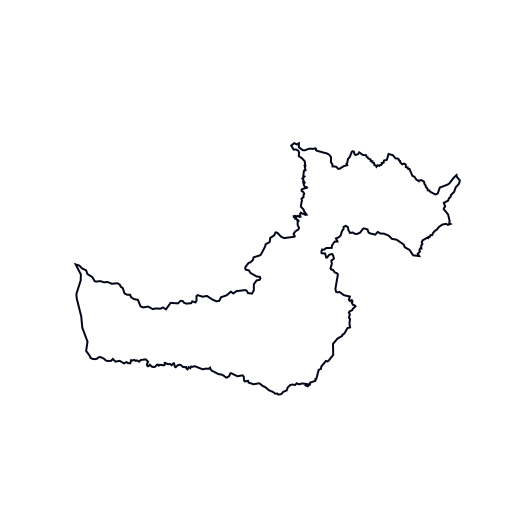 outline of Chinchiná, Caldas, Colombia, rotated 301°
{"feature_id": "7082276B13604936922856", "entity_name": "Chinchiná", "entity_type": "district", "adm_level": 2, "iso_a3": "COL", "parent_name": "Colombia", "parent_adm1": "Caldas", "projection": "mercator", "projection_center": [-75.645, 5.002], "detail": "fine", "context": "isolated", "style": "outline", "palette": "ink", "viewbox_px": 512, "rotation_deg": 301, "n_neighbors": 0, "source": "geoboundaries", "source_scale": "gbopen_adm2", "svg_char_len": 6146}
<svg xmlns="http://www.w3.org/2000/svg" viewBox="0 0 512 512"><g transform="rotate(301 256 256)"><path d="M368.8,229.3L366.6,233.5L367.8,235.2L368.1,238.0L366.7,239.7L363.6,241.3L363.5,244.8L362.4,248.8L361.5,249.6L359.7,251.0L358.6,251.0L358.5,252.1L357.3,252.1L355.3,254.1L354.8,253.4L354.1,253.8L353.4,253.3L348.7,255.5L349.0,256.5L346.3,255.9L346.3,256.9L344.9,257.7L344.6,258.5L344.4,258.0L343.5,258.5L343.2,259.8L342.4,259.5L341.1,261.1L340.3,262.8L341.1,263.8L340.8,264.5L337.2,261.2L336.1,261.0L335.2,261.7L335.3,263.4L334.2,265.3L332.5,265.4L330.9,266.4L328.6,265.5L327.4,266.7L322.2,268.6L321.3,269.2L320.4,272.7L319.1,274.2L317.5,278.1L316.7,277.2L316.2,272.1L314.7,272.2L312.5,273.9L311.8,272.7L312.1,271.3L310.8,270.5L310.7,269.1L309.5,267.8L308.8,268.4L309.7,269.8L308.3,270.4L308.9,271.2L308.2,271.9L308.4,273.8L307.9,274.4L307.2,273.8L304.0,275.8L302.2,278.4L300.7,278.7L297.5,277.1L294.7,276.8L294.0,277.1L293.0,279.0L292.3,279.0L285.8,270.8L285.5,267.4L286.9,262.3L286.3,260.6L283.2,261.0L278.7,258.9L275.5,260.4L274.5,260.3L271.0,258.2L269.1,258.9L259.9,259.5L258.5,259.0L253.7,254.7L250.7,255.4L247.6,254.4L246.3,253.2L241.4,252.6L239.6,253.3L239.0,254.2L240.0,257.3L238.6,260.1L238.8,267.2L240.1,270.0L239.1,271.3L237.3,271.3L235.4,269.1L230.7,268.7L225.5,271.8L221.7,271.9L220.1,268.3L221.5,265.7L221.4,264.6L215.9,257.4L212.2,255.8L212.5,252.8L207.2,251.1L202.7,247.3L198.6,247.6L196.8,245.4L196.2,240.7L196.5,234.5L193.6,231.2L192.4,226.1L190.8,225.7L187.3,227.9L185.0,228.0L184.3,224.7L182.2,224.8L179.3,220.8L178.9,218.3L179.6,216.5L179.1,215.0L178.3,214.3L175.2,213.5L171.8,206.9L163.9,206.3L164.0,202.8L161.6,201.2L159.4,197.1L157.3,194.9L157.1,189.6L153.7,185.6L153.4,183.0L157.6,177.3L156.2,173.5L156.4,170.0L157.9,168.1L156.4,165.4L156.2,162.6L159.9,158.3L160.0,155.9L161.3,154.0L161.3,151.3L158.0,146.8L157.2,142.0L155.2,139.4L154.3,135.5L151.9,132.4L151.3,130.7L153.6,126.7L153.7,120.8L156.2,117.8L155.8,113.1L156.8,109.5L155.9,105.8L150.0,115.4L144.8,118.3L130.9,121.6L127.5,124.0L114.1,137.4L105.1,144.0L95.8,155.7L87.1,159.3L84.9,164.7L83.4,166.8L83.7,169.2L85.0,171.6L86.4,172.8L88.3,173.4L89.2,174.6L89.7,178.2L89.1,181.1L89.4,182.5L91.5,185.8L94.0,186.3L93.1,190.0L95.9,193.1L96.0,198.3L98.4,199.6L98.2,201.4L99.3,203.5L102.4,202.6L102.5,203.7L104.3,205.1L104.1,206.9L105.2,207.7L105.2,210.2L107.5,210.8L110.6,214.7L109.8,217.9L106.9,218.3L105.7,219.8L106.1,220.6L108.1,221.0L107.5,223.7L108.0,225.2L108.8,226.4L112.0,227.3L112.4,228.1L111.9,229.0L113.3,229.7L114.8,233.3L116.1,233.8L117.3,232.8L117.6,233.1L117.9,236.2L119.2,238.1L118.9,239.9L121.5,240.5L121.8,241.0L119.2,243.6L119.3,244.5L121.4,244.9L123.2,246.1L123.8,247.4L123.3,250.8L124.8,253.3L123.7,254.3L123.6,255.7L126.1,255.6L126.0,257.5L127.9,257.4L128.2,258.5L130.0,260.3L131.4,268.6L133.9,271.4L134.8,273.4L136.6,274.2L135.5,275.3L134.9,277.3L135.5,285.1L136.4,286.7L136.8,289.5L136.4,292.9L137.0,293.8L139.5,294.9L141.8,294.4L142.7,294.9L143.4,302.1L146.8,305.9L146.3,307.6L143.4,309.7L142.7,310.9L144.9,313.5L143.7,314.8L144.8,320.0L148.2,323.8L148.6,325.4L148.0,328.9L148.4,331.1L147.6,336.3L148.2,340.4L147.9,343.5L149.0,344.9L148.7,346.5L150.7,348.8L153.6,349.3L156.5,351.5L159.7,350.9L163.0,351.8L164.4,353.1L165.6,356.0L167.9,356.5L168.1,358.9L170.6,361.3L172.7,366.2L170.7,365.4L170.9,367.4L173.7,368.5L175.3,367.6L179.6,371.2L181.0,370.3L181.6,371.0L190.7,368.4L192.8,369.8L194.9,368.9L202.1,370.0L202.4,371.5L203.3,372.1L211.0,373.1L220.3,367.3L227.3,368.4L231.8,371.0L233.0,370.6L234.1,371.4L236.5,371.7L241.2,371.5L243.3,373.4L246.4,370.8L250.5,369.0L250.7,367.8L251.6,367.2L254.3,366.5L255.4,364.7L256.9,364.8L259.0,366.3L260.7,366.2L264.1,367.2L264.5,366.1L264.1,364.1L265.4,362.0L266.8,362.1L267.5,360.8L265.9,359.7L266.2,358.3L269.6,357.3L267.7,351.7L268.2,346.2L266.8,344.6L266.6,343.0L268.7,341.0L282.3,335.7L282.9,334.6L282.5,331.9L283.7,329.3L283.2,327.3L283.6,326.3L288.5,325.0L290.8,322.9L293.8,324.2L296.3,321.7L296.9,320.2L295.6,318.9L294.4,318.0L291.5,317.8L290.8,317.0L293.7,314.0L292.2,310.8L293.4,309.8L295.6,309.3L296.4,311.0L299.0,312.1L301.9,316.7L304.3,315.7L308.8,316.0L310.4,318.3L312.2,315.5L314.7,317.3L317.1,318.0L321.6,316.9L324.2,317.1L326.1,316.1L328.1,317.4L328.0,319.9L325.7,322.0L324.2,324.8L325.9,326.7L326.0,329.7L327.3,331.6L329.7,333.2L334.5,333.7L335.2,334.2L336.2,337.8L334.0,340.6L334.4,343.1L335.7,347.2L339.3,348.0L339.4,351.3L341.0,354.0L341.8,359.1L340.7,363.8L342.4,368.1L341.9,376.7L340.1,379.1L340.3,384.4L337.5,390.3L340.0,395.9L341.2,393.5L344.3,394.2L345.5,392.9L347.2,392.9L347.6,393.9L349.8,392.3L352.1,392.4L353.1,391.0L355.3,390.8L359.4,393.1L360.0,394.4L361.2,393.9L362.0,395.1L363.6,394.8L364.8,396.3L366.7,395.9L369.6,396.3L371.6,397.4L375.1,397.8L379.0,399.6L381.4,402.3L381.6,404.5L383.7,406.2L383.8,404.7L385.9,403.8L390.5,399.3L392.9,392.8L393.7,392.4L395.9,392.6L398.3,389.6L402.3,392.1L404.9,391.7L406.9,392.3L408.6,391.7L413.1,392.8L417.5,391.8L422.5,392.8L425.8,391.8L427.3,387.4L428.6,386.2L424.6,385.1L417.9,384.4L415.8,383.4L409.3,378.3L403.2,379.6L401.1,378.0L400.8,372.3L401.4,370.8L400.8,369.4L402.2,368.1L402.7,365.9L403.7,365.3L404.5,363.3L406.2,361.8L406.2,358.8L404.5,356.6L404.0,356.8L404.1,354.0L405.5,350.9L405.3,348.7L409.7,342.7L409.1,341.9L409.2,340.9L410.0,340.4L409.4,338.6L411.5,337.3L411.5,335.4L409.9,334.1L410.7,331.2L411.6,330.6L411.6,329.1L412.4,328.6L412.4,326.9L411.5,325.3L412.9,321.4L411.7,317.1L405.8,318.6L403.6,316.5L401.6,317.3L400.6,316.0L400.2,316.5L398.5,316.4L398.1,315.5L396.7,315.2L396.5,313.6L394.5,313.3L395.3,312.0L394.9,310.7L396.5,309.3L396.1,307.8L397.2,307.0L396.4,305.5L397.8,304.5L397.4,302.0L398.2,300.8L397.9,299.8L399.1,298.4L397.6,295.6L398.0,291.1L395.9,291.0L393.8,289.2L394.0,288.1L395.9,286.0L395.5,284.8L394.6,284.4L389.3,285.4L386.5,284.9L382.7,286.3L381.7,286.0L380.8,287.4L378.3,285.0L373.8,282.7L373.1,281.8L373.8,278.6L372.2,275.4L373.9,274.3L375.0,271.9L379.3,269.5L380.4,266.9L380.5,264.3L377.6,254.1L377.6,253.0L378.8,252.1L378.8,251.2L377.5,250.2L375.4,246.3L371.7,243.4L370.8,241.6L371.3,236.7L374.7,234.7L372.7,233.6L372.4,230.6L368.8,229.3Z" fill="none" stroke="#020617" stroke-width="2"/></g></svg>